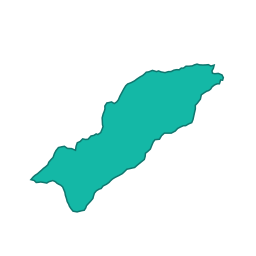 Oriente, São Paulo, Brazil, rotated 213°
{"feature_id": "56859067B33537633003758", "entity_name": "Oriente", "entity_type": "district", "adm_level": 2, "iso_a3": "BRA", "parent_name": "Brazil", "parent_adm1": "São Paulo", "projection": "equal_earth", "projection_center": [-50.092, -22.144], "detail": "fine", "context": "isolated", "style": "filled", "palette": "teal", "viewbox_px": 256, "rotation_deg": 213, "n_neighbors": 0, "source": "geoboundaries", "source_scale": "gbopen_adm2", "svg_char_len": 2181}
<svg xmlns="http://www.w3.org/2000/svg" viewBox="0 0 256 256"><g transform="rotate(213 128 128)"><path d="M90.0,227.7L92.2,225.1L95.1,224.9L97.1,223.3L99.5,221.6L102.4,219.9L104.9,219.2L106.7,217.1L107.9,215.1L110.3,213.2L113.1,211.3L114.1,208.4L116.0,207.2L116.8,204.7L119.0,203.4L121.0,201.5L122.6,198.8L124.8,197.3L127.1,194.6L130.9,193.0L133.5,192.5L134.8,190.8L136.6,190.3L138.9,189.6L141.1,186.5L143.1,184.7L143.6,182.3L144.3,180.0L145.7,177.4L147.2,173.9L148.2,171.1L150.1,167.7L152.3,164.7L152.9,162.1L152.8,158.6L152.5,155.2L152.1,150.2L151.4,146.5L151.7,143.6L152.9,141.0L156.0,140.9L157.9,138.9L159.4,137.5L159.4,133.8L157.8,131.6L157.0,129.2L156.5,126.4L155.2,122.4L153.5,120.1L151.2,116.9L149.7,115.6L149.0,112.6L148.4,109.3L149.7,106.1L151.5,105.7L152.6,103.2L154.7,101.1L155.4,96.7L157.6,95.1L160.1,94.2L160.8,90.6L162.5,88.0L161.6,84.4L159.9,80.7L164.1,80.0L167.7,77.9L171.4,78.0L173.5,76.0L175.7,73.7L176.1,69.9L175.8,66.6L174.8,62.5L175.4,59.4L175.8,56.2L175.2,53.5L176.0,50.5L176.9,48.2L177.6,45.3L179.0,40.3L180.1,37.9L180.8,35.5L181.3,31.8L178.1,32.9L175.3,32.3L173.5,33.7L171.8,35.2L169.3,36.3L166.1,37.6L165.2,39.7L162.4,43.0L159.6,43.4L157.6,43.0L155.5,43.1L153.3,43.4L150.7,43.0L148.1,41.2L145.9,39.7L143.9,37.5L141.3,35.4L138.8,33.1L136.3,31.8L134.4,30.4L131.9,29.3L128.8,28.3L125.0,29.9L121.7,33.5L119.9,35.2L119.9,37.9L120.5,40.3L120.1,42.7L119.4,46.8L119.1,49.8L119.9,52.2L120.7,55.1L120.3,58.2L119.0,60.9L117.6,62.6L117.3,65.9L115.4,69.1L114.3,71.9L113.9,74.3L113.2,76.9L111.9,79.6L109.7,83.3L107.9,86.7L107.3,89.1L106.5,92.8L104.5,94.8L102.9,96.5L100.9,98.5L99.9,102.2L98.4,106.8L97.2,110.5L98.1,113.5L99.6,116.3L98.7,119.0L97.8,122.5L98.7,127.0L99.2,130.0L99.0,132.9L95.5,135.7L95.7,139.8L94.7,143.5L91.3,145.7L88.9,147.3L86.7,151.2L86.1,154.7L84.8,157.0L82.9,160.0L80.9,161.4L79.4,164.4L77.5,167.2L78.1,170.5L79.2,173.4L80.3,176.3L81.9,180.7L83.9,183.7L83.4,186.5L83.0,191.6L84.6,195.8L83.2,199.2L82.1,201.6L80.7,203.4L79.9,205.6L79.9,208.3L78.9,211.2L77.4,213.5L75.4,214.9L76.5,218.7L74.7,219.6L75.5,222.2L78.1,223.7L82.0,223.0L84.9,220.7L87.0,220.0L88.7,221.6L88.9,224.5L90.0,227.7Z" fill="#14b8a6" stroke="#0f766e" stroke-width="1.5"/></g></svg>